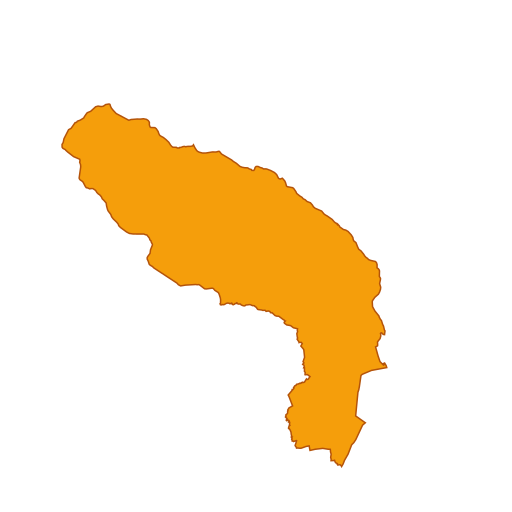 outline of Bughea De Sus, Arges, Romania, rotated 321°
{"feature_id": "2599482B4060307411648", "entity_name": "Bughea De Sus", "entity_type": "district", "adm_level": 2, "iso_a3": "ROU", "parent_name": "Romania", "parent_adm1": "Arges", "projection": "natural_earth1", "projection_center": [25.027, 45.334], "detail": "fine", "context": "isolated", "style": "filled", "palette": "amber", "viewbox_px": 512, "rotation_deg": 321, "n_neighbors": 0, "source": "geoboundaries", "source_scale": "gbopen_adm2", "svg_char_len": 6109}
<svg xmlns="http://www.w3.org/2000/svg" viewBox="0 0 512 512"><g transform="rotate(321 256 256)"><path d="M236.0,454.4L232.8,443.0L249.5,426.0L251.6,424.7L254.1,422.6L262.4,414.9L263.9,414.8L265.5,415.2L273.8,417.6L287.4,425.0L288.2,423.0L288.6,420.1L287.5,419.8L287.4,421.1L286.4,421.0L285.9,416.1L288.0,410.4L291.7,401.9L293.9,402.3L294.4,401.9L296.4,399.2L300.4,398.3L302.5,396.8L303.4,395.7L304.0,394.5L304.6,394.4L305.3,394.8L305.5,397.0L306.4,398.0L309.1,395.4L309.2,394.4L311.0,390.7L311.4,388.8L312.9,385.0L312.8,383.7L313.3,381.1L313.8,379.9L313.8,373.6L314.7,368.7L317.5,364.8L318.3,364.1L322.3,362.9L327.1,362.7L329.3,361.8L331.8,360.2L333.3,358.7L334.3,356.1L334.8,355.1L337.8,352.7L338.7,351.7L339.0,349.5L342.6,345.3L343.0,344.2L343.0,342.8L342.6,341.4L344.7,338.9L345.4,337.1L345.4,335.5L342.2,331.4L341.2,329.5L341.2,328.0L340.7,326.7L340.5,324.7L340.8,322.3L340.8,318.1L340.1,315.4L340.7,312.9L342.1,308.5L341.5,305.7L342.0,304.2L342.9,302.6L343.3,299.6L343.0,294.9L342.1,292.4L340.6,290.4L339.4,286.1L339.7,285.1L339.6,283.1L339.0,283.1L339.0,282.5L339.5,282.2L339.3,281.4L338.7,280.6L338.3,278.8L338.2,275.5L336.5,269.6L335.7,267.7L335.3,266.0L335.3,262.4L332.0,256.1L331.6,253.8L331.9,252.0L331.8,248.9L330.0,245.8L329.6,243.1L328.7,241.3L328.7,239.4L327.8,236.8L327.0,233.0L327.5,231.1L327.8,227.3L327.5,226.0L324.0,221.9L323.7,220.9L325.1,217.6L325.6,215.7L325.5,213.1L325.4,212.1L323.2,211.4L322.7,210.6L322.4,209.7L323.3,205.7L322.9,202.8L321.2,198.8L319.3,195.5L318.7,194.7L316.6,193.0L316.2,191.6L314.8,189.6L314.2,188.1L313.3,187.1L312.4,186.5L311.1,186.6L309.1,187.9L308.1,188.1L306.6,186.8L306.8,185.8L305.5,184.0L305.4,183.2L304.9,182.2L302.6,180.1L301.0,178.2L299.9,176.2L299.1,171.7L297.9,168.2L297.5,166.0L293.4,155.1L293.4,151.7L292.5,150.9L291.3,150.5L290.1,149.8L287.6,147.7L282.0,144.5L279.3,142.4L277.3,139.7L276.5,138.0L276.3,136.6L276.7,133.1L277.4,130.2L276.0,130.6L274.3,129.7L271.6,127.6L270.0,126.8L269.6,126.0L268.3,125.1L266.1,124.4L265.0,123.6L264.5,123.8L263.9,123.4L262.8,122.5L262.5,121.4L259.8,119.1L259.5,117.9L259.4,116.2L259.8,112.7L259.3,108.8L258.6,105.6L257.7,103.5L257.1,101.7L257.5,99.7L258.3,97.6L258.6,94.3L258.2,92.6L255.1,89.9L254.9,89.0L255.7,86.9L257.3,85.0L257.5,83.0L256.9,80.9L254.9,78.5L252.1,76.7L249.9,74.8L244.8,71.3L242.6,70.5L237.0,57.3L236.7,53.0L236.7,50.1L237.1,48.3L237.9,46.3L237.5,45.4L234.5,43.7L231.5,43.5L229.7,42.4L227.6,40.1L225.3,39.1L218.6,39.5L215.2,38.5L214.5,38.5L210.3,39.7L209.1,40.3L204.9,39.8L202.0,38.8L201.0,39.1L200.1,39.0L199.4,38.5L192.7,40.4L189.8,39.9L180.6,44.0L177.5,46.5L175.5,47.2L173.8,49.4L173.7,50.9L174.8,53.5L174.7,54.1L175.1,56.7L176.8,64.0L179.9,69.9L179.1,71.3L178.0,72.1L177.1,74.7L175.8,76.5L167.6,84.1L167.3,84.9L167.2,86.0L168.1,89.0L168.0,90.2L167.1,94.7L167.1,96.2L167.9,97.0L169.1,99.3L170.0,99.6L171.7,101.0L172.6,104.1L172.3,106.5L172.5,108.6L173.0,110.1L173.1,112.6L172.5,114.8L172.8,116.9L172.9,120.5L171.3,123.2L169.8,126.6L169.4,128.3L169.3,132.3L168.5,134.6L168.4,137.3L169.0,142.1L169.0,144.4L168.4,146.1L168.6,148.5L170.5,155.8L171.8,158.8L174.5,161.7L182.7,168.4L183.4,169.8L184.4,170.9L184.4,174.9L183.7,176.7L183.9,178.1L183.3,179.4L182.9,181.6L182.4,182.3L177.9,184.8L175.3,187.3L172.1,188.1L170.5,188.7L169.5,189.9L169.1,191.8L167.8,195.3L168.0,196.6L168.9,199.0L169.1,201.0L177.5,227.3L177.6,229.5L178.6,231.8L182.8,234.2L191.2,240.2L192.2,241.3L193.5,242.2L193.9,242.8L195.4,249.1L196.6,250.3L201.7,253.4L202.4,254.5L202.4,256.8L203.7,260.7L203.3,262.5L201.9,266.1L200.9,267.8L198.5,270.6L198.0,270.5L197.7,271.5L198.1,272.1L199.7,272.8L199.8,273.2L200.9,273.8L203.1,274.1L204.3,274.7L205.4,275.8L205.7,276.8L207.2,277.1L207.5,277.4L207.6,277.8L207.1,278.2L207.5,279.5L209.0,279.9L209.6,279.7L210.4,280.3L211.4,280.1L211.8,280.7L211.5,281.3L212.0,282.1L212.5,282.7L213.5,283.2L213.8,284.5L213.7,284.7L214.8,286.7L215.9,287.7L217.6,287.8L218.1,288.3L220.4,289.7L221.1,290.5L222.0,292.3L223.4,293.6L223.5,293.9L223.4,294.5L223.9,296.0L223.7,298.4L224.0,299.0L226.4,301.5L227.0,302.5L228.9,303.9L229.0,305.4L231.0,306.5L231.9,308.0L231.6,309.1L232.0,309.7L232.8,310.2L233.3,314.2L234.1,315.6L235.8,317.2L237.2,322.7L237.5,323.2L237.6,324.7L237.8,325.0L236.2,325.2L235.9,325.7L235.8,326.2L236.5,328.9L239.1,331.9L239.9,335.3L242.5,338.7L241.3,339.8L240.7,341.0L238.9,342.0L237.0,345.1L236.8,345.9L235.6,346.5L235.3,350.3L235.1,350.4L236.8,351.5L236.8,353.2L234.2,354.2L234.3,357.7L234.1,359.0L230.0,365.3L226.0,367.8L226.1,368.9L225.6,369.4L224.1,369.5L224.1,369.9L224.5,370.6L224.5,371.2L224.0,372.2L222.7,372.9L223.3,373.4L221.0,376.2L221.0,377.5L219.5,378.9L219.4,379.2L221.3,380.5L222.1,383.7L218.8,384.6L217.8,383.8L217.8,383.3L214.3,384.5L213.0,384.0L212.8,383.4L211.6,383.0L211.5,383.3L210.0,382.8L209.9,382.4L208.1,382.0L207.1,381.3L206.4,381.3L205.7,381.7L204.3,381.3L202.3,382.0L202.4,382.5L200.6,383.0L200.3,383.0L200.0,382.6L199.3,383.2L193.5,384.3L193.2,385.9L190.1,395.5L186.0,394.8L183.7,395.7L183.7,396.2L182.5,396.9L181.9,397.8L181.2,398.2L179.4,398.2L178.8,399.0L178.2,399.1L178.2,399.7L178.0,400.0L177.6,400.0L177.8,401.0L177.6,401.3L177.8,401.7L177.4,402.0L177.6,402.7L177.4,402.8L177.0,402.5L176.3,402.5L176.1,402.8L176.2,403.2L176.7,403.0L176.9,403.4L177.1,403.2L177.5,403.6L178.0,404.5L178.0,404.8L176.8,405.6L177.2,406.0L177.6,406.0L177.3,406.8L176.1,407.8L175.7,409.0L174.9,408.8L172.9,410.2L172.8,410.6L173.2,410.7L173.1,412.2L172.4,414.8L171.2,416.7L170.5,418.2L169.9,418.6L170.2,419.3L169.3,419.4L169.4,420.0L169.0,420.7L168.4,420.8L168.1,421.7L168.2,422.1L167.7,422.6L168.4,423.3L168.4,423.8L171.2,424.8L171.3,425.2L170.4,425.6L169.7,426.3L167.2,427.8L166.9,428.9L167.0,430.0L166.6,430.8L167.5,431.4L169.3,433.2L170.4,433.9L175.0,435.5L177.8,437.0L175.6,441.1L180.5,443.5L186.8,447.5L190.4,451.5L192.1,453.0L190.6,455.2L189.7,457.3L187.3,459.5L186.5,461.2L185.5,462.3L187.7,463.9L188.5,464.2L187.9,465.8L187.8,466.8L188.6,468.6L188.1,468.9L188.0,469.9L190.0,471.1L190.2,472.4L190.0,473.5L192.9,472.4L196.2,470.5L202.9,467.9L211.6,462.9L214.5,462.6L218.0,461.5L232.4,454.5L236.0,454.4Z" fill="#f59e0b" stroke="#b45309" stroke-width="1.5"/></g></svg>